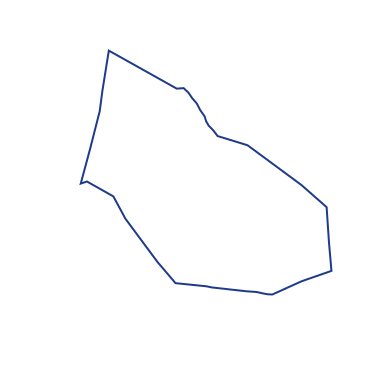 the district of Vila Nova do Piauí, Piauí, Brazil, rotated 132°
{"feature_id": "56859067B73920908376253", "entity_name": "Vila Nova do Piauí", "entity_type": "district", "adm_level": 2, "iso_a3": "BRA", "parent_name": "Brazil", "parent_adm1": "Piauí", "projection": "equal_earth", "projection_center": [-40.94, -7.206], "detail": "fine", "context": "isolated", "style": "outline", "palette": "blue", "viewbox_px": 384, "rotation_deg": 132, "n_neighbors": 0, "source": "geoboundaries", "source_scale": "gbopen_adm2", "svg_char_len": 599}
<svg xmlns="http://www.w3.org/2000/svg" viewBox="0 0 384 384"><g transform="rotate(132 192 192)"><path d="M113.2,81.8L113.6,115.4L120.1,182.0L133.3,210.4L132.0,217.2L131.5,224.1L130.0,228.8L127.4,233.1L125.6,240.8L123.0,247.7L122.1,254.9L120.6,260.9L120.4,267.7L125.4,272.5L142.6,348.4L176.3,326.6L193.8,314.6L228.3,296.5L260.2,280.3L254.5,277.1L247.9,247.5L256.4,223.6L267.2,170.4L268.3,161.7L270.8,143.3L252.5,118.3L249.7,113.5L229.5,85.3L223.1,77.1L220.0,71.6L217.5,67.5L214.4,63.7L185.4,51.0L181.3,48.8L157.3,35.6L137.6,56.7L113.2,81.8Z" fill="none" stroke="#1e3a8a" stroke-width="2"/></g></svg>